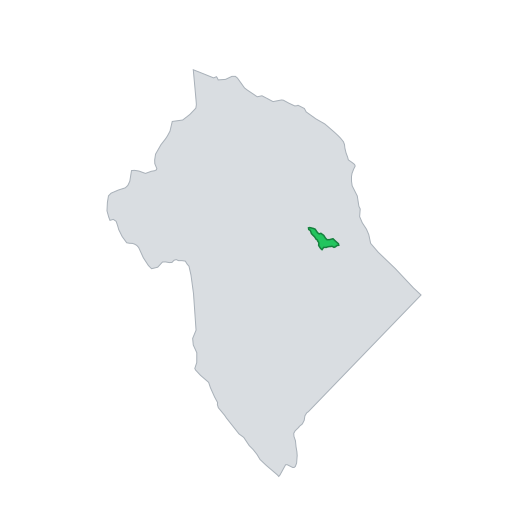 location of Luuka within Uganda, rotated 314°
{"feature_id": "UGA-5592", "entity_name": "Luuka", "entity_type": "District", "adm_level": 1, "iso_a3": "UGA", "parent_name": "Uganda", "parent_adm1": "", "projection": "natural_earth1", "projection_center": [33.351, 0.802], "detail": "fine", "context": "in_parent", "style": "filled", "palette": "green", "viewbox_px": 512, "rotation_deg": 314, "n_neighbors": 0, "source": "natural_earth", "source_scale": "10m", "svg_char_len": 2967}
<svg xmlns="http://www.w3.org/2000/svg" viewBox="0 0 512 512"><g transform="rotate(314 256 256)"><path d="M342.6,401.8L336.8,401.8L327.4,401.8L318.0,401.8L308.5,401.8L299.1,401.8L289.7,401.8L280.3,401.8L270.8,401.8L261.4,401.8L252.0,401.8L242.6,401.8L233.1,401.8L223.7,401.8L214.3,401.8L204.9,401.8L195.4,401.8L186.0,401.8L180.4,401.8L179.3,401.6L178.5,401.4L175.0,402.2L171.3,404.8L167.4,406.0L163.2,405.5L162.7,405.8L160.6,405.7L157.5,405.6L154.7,406.3L152.6,408.6L150.5,412.7L146.6,417.3L143.6,421.4L141.0,424.3L135.2,429.1L131.9,430.5L130.4,430.3L129.4,429.4L127.5,423.3L126.4,422.3L115.0,425.4L113.2,425.5L113.4,423.6L112.5,409.1L112.4,400.3L113.9,394.8L114.8,388.4L114.9,382.8L117.0,373.2L116.2,367.4L118.9,347.3L119.6,344.1L120.7,334.3L122.4,331.3L123.9,330.2L125.8,324.2L129.6,314.7L132.2,309.7L131.6,299.0L132.0,291.7L132.6,290.1L138.2,287.4L145.3,280.6L148.4,272.7L152.7,267.7L161.0,264.4L185.6,237.1L197.1,222.5L202.1,214.9L202.3,212.3L203.2,208.7L201.2,205.9L198.8,203.4L198.0,201.1L196.0,200.0L193.0,200.0L191.1,198.3L188.9,195.0L186.7,192.9L179.7,193.1L174.3,189.7L174.4,185.2L176.5,176.1L180.6,165.7L180.8,162.9L180.2,160.4L179.2,158.3L177.4,156.3L175.7,153.8L177.0,146.3L179.6,139.0L181.7,135.4L183.8,131.3L183.2,127.9L180.2,126.2L181.7,123.0L185.0,117.4L191.3,111.9L196.8,108.1L200.5,108.1L207.7,111.1L214.2,114.6L217.7,114.8L222.1,113.3L231.0,107.1L233.2,109.1L235.8,112.8L238.6,119.1L244.3,121.9L247.0,123.9L248.9,124.5L250.0,123.9L252.1,119.1L254.7,116.4L259.5,113.0L270.1,110.3L277.6,109.5L280.8,108.9L286.1,107.4L294.6,102.3L302.9,108.8L311.9,110.1L320.6,110.0L323.3,108.1L324.8,106.5L334.0,95.9L346.4,81.5L354.7,101.8L357.5,103.0L357.1,104.8L356.4,106.5L361.9,111.4L368.5,113.9L370.9,116.4L371.1,119.1L368.9,131.0L369.3,134.4L371.4,146.3L375.4,149.0L378.9,161.0L386.0,166.0L387.1,167.5L388.7,173.3L390.9,179.7L392.6,181.1L393.6,181.5L395.7,188.3L394.5,192.0L396.2,203.6L398.8,213.9L399.5,226.2L399.6,231.6L399.5,234.9L398.9,239.6L397.6,242.3L395.4,244.9L392.8,249.0L390.6,253.5L389.3,255.6L390.3,262.3L390.1,264.0L389.5,264.9L386.3,265.9L382.1,267.7L379.6,269.4L376.1,272.8L373.3,276.4L369.5,287.2L363.2,295.5L362.2,298.3L356.3,303.2L353.7,309.4L352.0,316.9L349.7,322.3L344.7,329.7L343.6,341.4L343.7,364.8L342.4,391.4L342.6,401.8Z" fill="#d9dde1" stroke="#a8b0b8" stroke-width="1"/><path d="M306.4,299.1L306.3,297.3L306.9,294.5L307.3,293.5L308.0,293.0L308.7,292.5L309.4,291.3L309.6,289.9L310.0,289.3L310.1,288.6L309.8,287.7L310.0,286.8L310.3,285.8L310.5,284.7L310.5,282.5L310.6,280.3L311.4,278.8L312.1,277.2L311.8,276.3L311.7,275.5L312.7,274.2L313.7,274.8L314.5,276.0L315.0,277.0L315.6,277.9L316.4,279.9L315.5,284.2L315.8,286.1L317.4,286.9L317.9,290.4L317.2,293.2L317.0,295.7L318.8,297.5L321.9,299.4L321.9,302.6L322.1,306.8L321.2,308.1L319.6,306.9L317.9,306.8L316.4,306.1L316.1,305.0L315.8,303.9L314.6,303.1L314.2,302.6L313.7,302.2L312.4,301.2L311.0,300.6L309.2,298.7L306.4,299.1Z" fill="#22c55e" stroke="#15803d" stroke-width="1.5"/></g></svg>